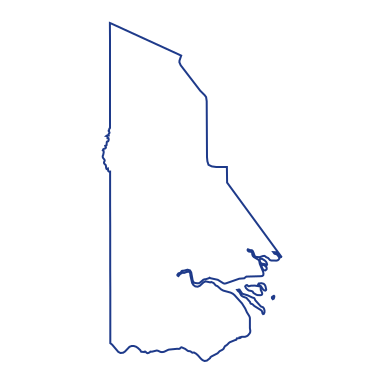 SVG path tracing the border of Western
{"feature_id": "PNG-1248", "entity_name": "Western", "entity_type": "Province", "adm_level": 1, "iso_a3": "PNG", "parent_name": "Papua New Guinea", "parent_adm1": "", "projection": "equal_earth", "projection_center": [142.614, -7.162], "detail": "fine", "context": "isolated", "style": "outline", "palette": "blue", "viewbox_px": 384, "rotation_deg": 0, "n_neighbors": 0, "source": "natural_earth", "source_scale": "10m", "svg_char_len": 5409}
<svg xmlns="http://www.w3.org/2000/svg" viewBox="0 0 384 384"><path d="M108.7,135.4L108.5,134.4L108.8,133.8L109.3,133.3L109.5,132.5L109.3,132.0L108.8,131.4L108.7,130.9L108.7,130.6L109.0,130.5L109.3,128.9L109.8,128.0L110.0,127.9L110.0,119.7L110.0,102.0L110.0,86.8L110.0,72.3L110.0,52.3L110.0,49.1L110.0,39.3L109.9,24.1L109.9,23.9L109.9,23.0L111.6,23.7L181.2,55.6L179.5,60.6L179.4,62.3L180.7,65.3L200.2,90.7L204.7,95.2L206.1,97.1L206.7,101.2L207.0,157.2L207.4,161.3L208.5,164.8L211.8,166.4L216.2,167.0L226.9,167.0L227.1,182.6L281.3,256.7L281.2,256.9L280.1,256.5L279.3,255.2L278.5,253.7L277.6,252.7L276.7,252.3L273.3,252.1L273.6,252.5L274.1,253.3L274.5,253.7L275.0,253.9L276.0,254.1L276.4,254.2L277.5,255.0L279.6,258.0L278.7,259.5L277.7,260.3L276.6,260.6L271.2,260.5L270.1,260.1L269.6,259.7L268.6,258.5L268.1,258.0L266.1,257.1L265.6,256.6L264.5,255.9L263.1,256.0L259.4,257.2L256.1,256.9L255.1,256.5L254.5,255.5L253.5,252.7L252.8,251.1L252.0,250.3L250.9,250.1L249.4,250.1L249.2,249.8L248.6,249.5L247.9,249.3L247.6,249.8L247.7,250.5L248.1,251.0L248.6,251.4L249.2,251.6L251.5,251.9L252.1,252.6L252.3,254.5L252.8,255.9L253.8,257.0L258.5,259.8L259.2,260.9L259.8,263.9L263.1,271.8L263.5,273.8L263.2,275.3L262.2,276.0L261.0,276.2L246.4,276.6L245.8,277.0L244.2,278.3L239.3,278.7L225.8,283.4L224.5,283.6L223.4,283.3L217.8,279.8L210.4,278.2L210.2,278.1L209.6,277.7L208.7,278.3L205.8,279.2L204.7,279.3L203.4,279.7L200.1,282.5L198.9,283.2L197.8,283.3L195.2,283.0L194.0,282.6L193.1,281.5L192.6,280.1L191.2,272.4L190.0,270.4L187.5,269.7L184.2,270.6L182.2,270.8L181.7,271.0L181.4,271.4L181.0,272.1L180.4,272.7L179.7,273.0L179.1,273.1L178.4,273.4L177.7,274.3L177.3,275.0L177.6,275.6L178.4,276.1L179.7,274.5L180.5,273.7L181.4,273.4L181.8,273.2L182.2,272.8L182.6,272.4L183.5,272.9L184.2,272.9L186.7,272.0L188.2,271.7L189.6,272.0L190.3,273.7L190.4,275.4L192.1,282.9L193.4,285.0L195.3,286.4L197.7,286.7L199.8,285.8L203.6,282.3L205.7,281.4L210.3,282.4L211.2,282.0L213.6,283.0L215.6,285.3L216.2,285.7L217.4,286.1L221.1,289.4L223.3,290.6L230.6,292.6L232.8,293.7L234.5,295.1L242.0,303.4L245.2,308.5L246.9,312.3L249.1,315.8L249.7,317.1L249.9,318.1L249.9,328.2L250.3,330.7L250.2,332.1L249.7,333.3L248.3,335.0L247.7,335.6L246.7,336.2L245.0,336.8L241.8,336.8L240.0,337.3L240.4,337.8L239.9,338.1L238.7,338.2L237.8,338.4L237.2,338.3L236.9,338.3L236.7,338.6L236.5,339.1L236.3,339.7L235.9,339.9L235.0,340.1L229.9,342.2L228.9,342.9L227.5,344.4L226.2,345.5L225.6,345.7L225.0,346.2L224.4,347.1L223.9,348.1L223.5,348.9L222.3,349.8L219.6,351.2L217.6,353.3L211.4,356.5L210.4,357.3L210.0,358.2L206.9,360.6L204.6,361.0L202.5,360.1L200.8,358.6L198.0,355.4L196.1,353.7L194.0,352.5L192.3,352.7L190.8,351.6L189.9,351.2L188.5,351.1L187.7,350.8L185.2,348.9L182.1,347.5L181.4,347.3L180.8,347.6L179.7,348.7L179.0,348.9L177.1,348.8L168.9,349.6L167.8,350.0L164.3,351.7L163.1,352.0L161.7,352.1L160.5,351.9L158.1,350.8L156.8,350.5L151.9,351.7L150.4,351.6L150.0,352.1L149.2,352.6L148.3,353.0L147.5,353.2L146.6,352.8L145.8,352.0L145.0,351.5L144.1,352.1L143.4,351.9L142.2,351.9L141.1,351.7L140.2,350.1L137.8,347.9L136.0,346.7L133.8,346.0L131.6,346.0L129.5,346.8L125.0,351.5L123.2,352.7L120.5,353.0L118.3,351.9L112.1,344.6L110.3,343.2L110.3,334.3L110.3,319.4L110.3,304.8L110.3,291.2L110.2,270.6L110.2,257.5L110.2,254.4L110.2,239.7L110.2,225.3L110.1,204.8L110.1,201.6L110.1,191.9L110.1,180.0L110.1,171.6L109.2,171.7L108.2,170.9L107.9,168.5L106.6,169.0L106.1,167.9L106.0,166.3L105.7,165.0L104.6,164.0L104.1,163.3L104.0,162.4L104.1,162.0L104.6,161.0L104.7,160.5L104.4,159.6L103.2,158.1L102.8,157.3L102.7,156.5L102.8,155.8L103.2,154.9L103.7,152.4L103.6,150.9L102.8,150.4L103.3,149.2L104.1,148.8L105.1,148.5L105.9,147.7L105.8,147.1L105.4,146.4L105.2,145.8L105.7,145.6L106.2,145.5L106.5,145.3L106.6,144.9L106.7,142.9L106.8,142.0L107.2,141.5L108.1,141.3L108.5,140.6L108.7,139.2L108.4,138.1L107.5,138.1L107.5,137.1L107.3,136.5L106.9,136.1L106.3,136.0L106.8,135.6L107.4,135.4L108.0,135.4L108.7,135.4ZM262.0,306.9L263.2,307.4L264.0,308.7L264.5,310.4L264.5,312.2L263.9,313.8L263.1,314.1L262.5,313.4L262.2,312.0L261.8,310.9L260.9,310.1L254.2,305.9L252.9,304.6L252.2,304.1L251.4,303.9L250.7,303.6L250.3,302.9L250.0,301.9L246.4,297.9L243.1,296.7L241.6,295.8L241.0,295.1L239.7,292.6L239.0,291.8L237.8,290.8L237.2,289.9L238.1,289.8L238.9,289.5L239.5,289.6L241.7,292.9L242.5,293.8L247.6,295.3L252.5,297.6L253.7,297.9L254.3,298.2L254.7,298.9L255.3,300.3L260.8,306.4L262.0,306.9ZM248.8,290.5L247.5,289.6L245.9,288.0L245.2,286.3L246.4,285.1L247.2,285.1L247.6,285.5L248.0,285.9L248.4,286.2L249.1,286.2L250.9,285.7L254.8,285.6L260.0,286.4L260.6,287.0L260.7,288.9L260.8,290.1L261.8,292.1L262.2,293.3L262.1,294.3L261.6,294.9L260.4,295.2L257.5,295.1L256.3,294.7L253.5,293.0L252.6,291.5L251.3,291.0L248.8,290.5ZM265.8,287.7L265.9,288.4L266.2,289.4L266.0,290.1L265.4,290.6L264.3,290.4L263.0,289.4L260.9,286.2L258.1,284.6L258.7,283.5L261.5,283.2L263.7,283.8L264.8,284.9L265.5,286.3L265.8,287.7ZM265.9,261.6L266.5,262.5L267.1,264.4L266.7,265.2L265.9,264.6L264.3,264.0L261.9,263.7L260.5,262.7L260.0,261.3L259.5,259.7L260.2,258.8L262.2,258.9L264.8,260.5L265.9,261.6ZM265.1,265.9L266.1,266.8L266.7,268.0L266.6,269.3L265.4,270.4L263.5,270.2L262.3,268.2L261.5,266.0L262.3,264.7L263.9,265.1L264.6,265.5L265.1,265.9ZM273.9,295.8L274.3,296.2L274.3,296.9L273.8,298.6L272.8,299.2L272.0,298.3L271.9,297.2L272.6,296.5L273.2,296.3L273.6,295.9L273.9,295.8Z" fill="none" stroke="#1e3a8a" stroke-width="2"/></svg>